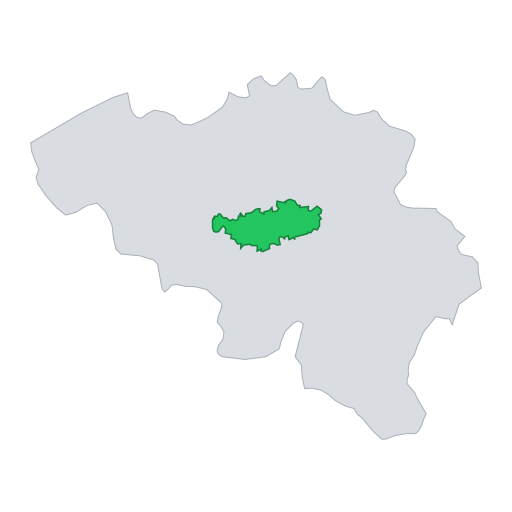 Walloon Brabant highlighted on a map of Belgium
{"feature_id": "BEL-3482", "entity_name": "Walloon Brabant", "entity_type": "Province", "adm_level": 1, "iso_a3": "BEL", "parent_name": "Belgium", "parent_adm1": "", "projection": "orthographic", "projection_center": [4.525, 50.668], "detail": "fine", "context": "in_parent", "style": "filled", "palette": "green", "viewbox_px": 512, "rotation_deg": 0, "n_neighbors": 0, "source": "natural_earth", "source_scale": "10m", "svg_char_len": 3358}
<svg xmlns="http://www.w3.org/2000/svg" viewBox="0 0 512 512"><path d="M229.0,92.2L238.0,96.8L246.0,97.9L249.5,95.8L247.3,84.6L253.8,78.7L261.1,75.9L264.3,80.7L270.9,85.7L276.1,85.7L290.2,72.8L293.5,75.3L296.5,79.9L297.2,83.6L297.7,87.4L300.9,89.1L312.0,88.2L317.6,81.2L322.0,76.7L325.3,79.7L327.0,88.2L330.1,99.4L343.5,111.8L354.7,115.3L368.5,112.6L373.9,110.3L377.6,112.2L381.4,118.7L389.5,126.2L406.2,131.3L411.4,134.3L415.1,139.3L414.1,146.6L406.5,164.8L405.5,170.2L406.6,171.9L405.1,175.3L394.9,187.6L394.0,191.9L397.6,198.8L400.5,204.6L406.9,207.3L412.8,208.1L423.9,208.3L435.8,208.5L437.3,211.8L450.8,221.4L455.1,229.0L464.9,236.4L457.1,246.0L458.4,250.3L461.4,254.5L472.3,256.8L477.9,262.9L478.4,272.5L481.3,288.0L459.2,304.0L453.2,321.4L452.7,324.8L451.9,324.3L449.3,318.7L445.3,318.8L435.9,316.6L423.2,332.5L417.5,345.6L414.2,355.2L409.1,363.0L408.1,371.2L408.9,374.6L407.1,379.0L407.1,383.7L414.8,392.7L416.8,397.6L426.2,413.7L423.5,419.6L421.3,426.1L418.7,430.7L415.7,433.6L406.2,433.6L394.1,435.8L386.0,439.1L381.8,439.2L373.0,431.2L363.1,419.2L356.8,413.5L354.0,408.5L346.3,406.5L335.4,400.6L327.8,394.2L321.2,390.2L312.1,388.2L304.6,388.5L302.3,377.6L301.3,365.1L295.2,356.7L303.4,324.0L298.4,320.8L293.0,323.5L285.2,331.3L281.4,340.6L279.2,348.8L265.9,356.7L244.9,359.5L221.9,356.6L218.8,354.5L217.3,352.1L217.3,349.2L218.9,344.8L222.9,339.4L224.0,331.8L219.9,325.1L217.2,322.5L218.3,316.1L221.4,308.1L222.0,303.5L206.6,289.5L195.5,286.8L184.6,286.2L176.4,284.5L171.6,285.1L168.1,289.1L164.6,292.0L162.0,288.5L157.5,263.9L153.9,260.1L140.0,255.8L121.0,254.1L116.1,249.5L113.5,238.4L112.0,225.1L106.0,212.2L102.8,209.0L97.3,203.2L87.4,205.3L75.4,212.5L68.4,214.4L65.7,215.1L56.5,207.7L46.2,196.1L38.0,184.0L36.1,177.3L38.9,169.3L36.0,163.0L31.8,151.6L30.7,142.8L82.0,112.8L113.1,97.4L127.6,92.8L130.8,108.9L133.4,114.0L136.8,117.4L141.3,118.1L146.6,114.2L154.0,110.1L165.8,112.2L174.3,116.2L177.3,120.2L182.9,124.1L191.2,125.1L207.3,117.9L222.7,106.9L227.2,99.2L229.0,92.2Z" fill="#d9dde1" stroke="#a8b0b8" stroke-width="1"/><path d="M213.6,218.1L214.5,216.2L217.4,216.3L218.3,214.2L219.4,213.8L220.5,214.3L223.1,217.8L226.3,217.8L230.1,220.9L232.4,219.3L235.6,220.4L237.3,219.8L238.2,218.8L238.5,216.0L241.0,216.0L239.8,214.1L240.7,213.1L242.9,216.2L245.1,216.4L245.8,213.6L251.4,212.7L255.7,209.4L258.3,208.6L260.0,208.8L259.5,211.0L260.0,211.9L263.8,214.1L264.0,211.8L269.2,210.6L271.9,207.5L272.6,211.6L276.5,211.3L278.8,208.7L276.6,205.8L277.1,201.1L283.2,202.6L285.3,201.5L285.7,202.8L286.7,200.5L289.9,199.3L294.8,201.0L297.3,205.2L300.1,205.4L299.6,207.5L308.5,206.5L308.1,209.8L309.6,211.1L311.3,210.8L317.1,206.2L321.5,209.7L321.1,213.1L318.4,214.7L321.3,218.8L319.4,220.1L319.6,225.6L317.3,229.9L313.6,229.0L310.9,232.7L307.8,232.4L307.7,233.6L295.1,237.0L294.5,237.5L295.0,239.7L293.6,237.7L288.9,239.6L288.2,235.9L285.1,236.7L284.6,238.8L281.3,236.5L280.2,236.5L278.9,238.7L280.2,244.5L277.6,245.1L273.3,243.5L271.2,243.8L269.2,245.4L269.6,248.5L262.6,251.6L260.8,250.8L261.0,249.1L257.1,251.1L257.4,246.5L256.8,245.6L251.5,245.6L250.3,244.3L243.6,245.0L240.7,248.3L241.0,243.6L237.5,243.9L234.6,239.3L230.8,238.5L231.4,234.6L225.2,233.0L225.8,229.1L223.5,226.1L222.2,226.6L218.5,231.7L215.8,232.1L213.7,231.2L212.6,228.0L212.5,221.1L213.0,218.7L215.1,218.1L213.6,218.1Z" fill="#22c55e" stroke="#15803d" stroke-width="1.5"/></svg>